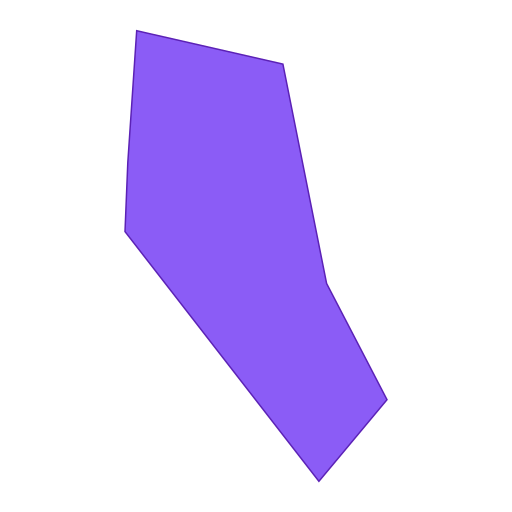 the district of New Minya, Al Minya, Egypt
{"feature_id": "37247803B40620949995251", "entity_name": "New Minya", "entity_type": "district", "adm_level": 2, "iso_a3": "EGY", "parent_name": "Egypt", "parent_adm1": "Al Minya", "projection": "albers", "projection_center": [30.791, 28.11], "detail": "fine", "context": "isolated", "style": "filled", "palette": "violet", "viewbox_px": 512, "rotation_deg": 0, "n_neighbors": 0, "source": "geoboundaries", "source_scale": "gbopen_adm2", "svg_char_len": 249}
<svg xmlns="http://www.w3.org/2000/svg" viewBox="0 0 512 512"><path d="M324.6,474.5L387.0,399.7L326.6,283.5L282.9,64.1L146.6,33.0L136.7,30.7L127.8,162.6L125.0,231.6L318.9,481.3L324.6,474.5Z" fill="#8b5cf6" stroke="#5b21b6" stroke-width="1.5"/></svg>